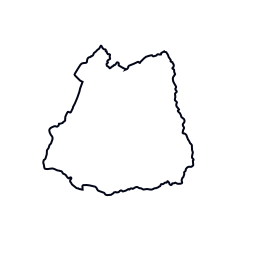 Sop Prap, Lampang, Thailand (orthographic projection), rotated 308°
{"feature_id": "78962969B39670710087023", "entity_name": "Sop Prap", "entity_type": "district", "adm_level": 2, "iso_a3": "THA", "parent_name": "Thailand", "parent_adm1": "Lampang", "projection": "orthographic", "projection_center": [99.346, 17.89], "detail": "fine", "context": "isolated", "style": "outline", "palette": "ink", "viewbox_px": 256, "rotation_deg": 308, "n_neighbors": 0, "source": "geoboundaries", "source_scale": "gbopen_adm2", "svg_char_len": 5770}
<svg xmlns="http://www.w3.org/2000/svg" viewBox="0 0 256 256"><g transform="rotate(308 128 128)"><path d="M88.8,71.0L88.0,71.5L87.0,71.8L85.4,71.3L85.2,71.0L84.5,69.3L83.9,68.8L82.2,67.8L80.6,67.1L79.5,66.9L78.6,67.0L77.7,67.4L76.9,68.3L76.3,69.0L75.2,71.2L74.6,73.4L74.0,74.4L73.5,74.8L72.7,75.4L68.6,76.8L67.7,76.8L66.6,76.7L66.0,76.7L63.8,77.6L62.9,77.8L60.9,77.8L60.2,78.1L57.2,80.2L53.0,81.8L52.4,81.8L50.9,81.4L50.3,81.6L49.6,81.9L48.3,82.8L47.0,84.6L45.4,86.3L45.0,86.9L44.8,87.4L44.8,87.7L45.3,88.7L45.9,89.6L46.6,90.4L49.0,92.7L49.5,93.3L49.9,94.0L50.4,95.4L51.0,98.1L52.7,101.6L52.9,102.3L52.7,103.3L52.5,103.7L52.4,104.2L52.1,104.9L52.6,106.9L52.6,107.6L52.5,108.4L51.9,110.1L51.7,111.8L51.8,112.2L52.0,112.4L53.5,112.9L53.7,113.1L53.8,113.3L53.9,113.6L53.8,113.8L53.6,114.2L53.3,114.4L52.7,114.5L51.2,114.6L50.6,115.0L50.2,115.4L50.0,116.0L49.9,116.6L49.3,118.0L49.1,118.5L49.0,120.0L49.0,122.5L48.9,123.8L49.2,125.2L49.8,125.9L49.9,127.2L50.5,128.1L50.9,129.3L51.5,130.2L53.8,128.1L54.4,127.8L54.7,127.7L55.0,127.8L55.5,128.0L57.6,130.5L59.2,133.2L61.1,137.3L61.5,138.3L61.5,139.0L61.4,139.9L61.2,140.5L60.8,141.2L60.5,142.1L60.3,142.6L60.4,143.2L60.5,143.9L62.1,148.7L62.2,149.0L62.1,149.6L61.7,150.9L61.8,151.7L61.9,152.1L62.3,152.9L62.7,153.4L63.8,154.5L64.8,155.7L67.5,156.6L68.6,156.7L68.8,156.7L69.1,157.1L69.9,157.7L70.0,157.9L70.2,158.7L71.4,159.9L72.2,160.2L73.6,160.4L74.5,160.9L74.8,161.5L74.7,162.3L74.8,162.9L75.4,163.5L76.5,164.2L77.1,164.7L77.5,164.9L79.8,165.8L80.1,166.0L80.2,166.8L80.4,167.0L80.7,167.1L81.6,167.1L82.2,167.5L82.4,167.9L82.8,168.4L82.9,169.1L83.1,169.3L85.5,170.2L86.2,170.6L87.0,171.3L87.3,172.0L87.6,174.1L88.0,174.6L88.5,175.4L88.9,177.7L89.2,178.3L89.8,178.8L91.6,180.5L93.0,183.0L93.8,184.3L94.3,184.7L95.4,185.4L96.3,185.7L96.7,186.0L97.9,187.1L100.0,188.4L101.2,188.6L101.9,189.1L102.8,189.0L103.5,188.7L104.0,188.7L104.5,189.0L105.0,189.8L105.3,190.1L106.5,190.5L107.7,190.8L108.1,191.2L108.5,191.8L108.7,192.0L109.0,192.1L110.1,191.9L110.4,192.0L110.5,192.4L110.3,193.7L110.2,194.0L109.4,195.2L109.3,196.2L109.4,196.9L109.6,197.1L110.2,197.3L110.6,197.3L111.5,197.0L111.8,197.1L112.5,198.0L112.9,198.4L114.0,198.9L114.1,199.1L114.3,200.4L114.7,201.6L115.2,202.3L116.5,203.7L117.0,204.1L117.5,204.3L117.9,204.4L118.2,204.3L118.8,203.8L119.5,202.7L120.3,202.2L122.3,201.6L123.3,201.8L126.0,200.9L127.7,199.5L128.3,199.5L129.2,199.7L129.9,199.7L131.2,198.9L131.6,198.9L133.1,198.9L134.2,199.3L135.1,200.0L136.2,201.6L136.7,201.9L137.3,202.1L138.2,202.3L139.0,202.2L142.0,199.4L142.3,199.2L142.8,199.2L143.2,199.3L143.7,198.8L143.9,197.1L144.1,196.7L145.2,195.8L148.4,194.3L148.8,194.0L150.2,191.9L150.8,191.5L152.4,190.0L153.6,189.1L154.0,188.3L154.2,187.6L154.2,186.8L154.3,186.2L155.2,184.5L156.0,182.2L158.4,178.2L158.5,177.8L158.5,176.4L158.4,175.8L157.8,175.0L157.7,174.6L157.8,174.1L158.2,173.8L160.3,172.7L162.0,172.4L162.6,172.1L163.0,171.5L163.3,170.9L163.4,170.4L163.6,169.9L164.3,169.2L164.7,168.9L165.5,168.8L167.0,168.8L167.9,168.5L168.8,167.8L169.5,166.6L169.5,165.9L169.5,163.5L169.6,163.2L170.7,161.7L171.6,159.8L171.7,158.1L172.0,157.0L172.2,156.7L172.5,156.6L173.6,156.9L174.0,156.8L174.3,155.8L174.7,153.8L174.9,153.0L175.6,152.1L176.5,151.4L177.1,151.2L178.1,150.9L178.3,150.8L178.5,150.4L178.7,148.5L178.8,147.9L179.0,147.6L181.7,146.1L182.1,145.8L183.5,144.3L184.1,143.9L184.7,143.9L186.0,144.1L186.4,144.1L186.7,144.0L187.0,143.5L187.4,142.0L187.7,141.5L187.9,141.2L188.2,141.1L189.5,140.9L189.9,140.7L190.2,140.4L191.8,136.5L192.5,135.1L193.1,134.3L194.5,132.9L195.6,132.4L196.3,132.2L197.4,132.2L198.0,132.0L199.0,132.2L199.3,132.1L199.7,131.5L200.6,129.9L202.0,128.7L202.3,128.3L202.3,127.8L202.2,126.6L202.3,126.3L202.6,126.1L203.9,126.2L204.2,126.2L205.5,125.6L205.9,125.2L206.4,124.3L206.6,123.3L207.2,122.6L207.2,122.4L206.7,121.0L206.7,120.7L206.8,120.5L207.7,120.0L207.9,119.7L208.9,116.6L209.1,116.1L210.2,114.5L211.2,111.6L211.2,111.2L210.5,109.9L210.5,109.5L210.6,109.3L207.6,108.1L207.1,108.2L206.5,108.6L206.2,108.7L205.4,107.8L204.8,106.6L204.2,105.9L203.9,105.8L202.6,105.7L201.5,105.0L200.2,104.0L200.0,103.7L199.9,103.4L200.1,102.3L200.1,102.1L198.6,100.7L195.3,98.4L194.2,98.1L192.5,97.7L191.3,97.6L190.0,97.4L188.6,97.3L187.9,97.1L187.5,97.1L186.7,97.3L186.4,96.9L186.5,95.6L186.3,95.2L185.7,94.8L182.5,93.2L177.8,90.5L177.1,90.4L176.8,90.4L176.4,90.5L175.8,90.9L174.9,91.0L173.8,90.9L172.6,90.2L172.8,90.2L173.0,89.8L172.6,88.7L172.2,86.7L171.6,82.3L171.8,81.8L172.2,81.6L172.8,81.4L173.3,80.8L173.5,80.1L173.3,79.4L173.0,79.0L172.7,78.9L170.9,79.0L169.5,78.8L169.2,78.7L168.9,78.3L168.6,78.1L168.0,78.1L167.5,78.1L166.5,77.6L164.5,77.2L163.9,76.9L163.8,76.7L164.1,75.7L164.2,75.1L164.0,73.3L164.1,73.1L164.4,72.5L165.0,71.9L165.2,71.7L165.7,71.7L167.2,71.9L167.3,71.8L167.5,70.8L167.9,70.6L168.3,70.5L169.1,70.5L170.7,71.1L171.4,71.3L171.6,71.2L172.9,69.7L173.3,69.4L174.4,68.9L174.7,68.6L174.7,68.0L174.5,67.5L173.9,66.9L173.8,66.7L174.3,65.0L175.2,64.1L175.1,63.8L174.8,63.4L174.8,63.2L176.0,62.2L176.0,61.9L175.3,60.7L175.2,60.0L175.4,58.6L176.3,56.6L176.3,56.2L176.1,56.0L175.3,56.0L173.7,56.3L172.7,56.4L170.7,55.8L168.4,55.6L166.9,55.2L166.0,55.0L164.1,55.6L163.5,55.6L162.6,55.3L161.7,54.7L161.0,54.8L159.6,53.7L158.5,53.4L157.7,53.5L156.7,53.8L154.8,54.9L154.4,55.0L154.0,54.9L153.4,54.7L151.9,53.1L150.7,52.1L150.3,51.9L148.9,51.6L146.1,51.8L139.8,52.5L138.2,52.7L137.2,53.0L136.9,53.6L136.7,54.3L135.9,60.9L136.0,61.9L136.4,63.8L129.8,65.9L126.3,67.5L120.7,69.4L114.8,71.0L110.5,71.8L110.1,72.1L109.7,72.3L105.4,73.2L104.8,73.1L104.4,72.3L103.9,70.9L103.7,70.7L102.6,70.7L100.2,71.2L98.3,71.7L97.5,72.2L97.1,72.6L96.5,72.8L95.3,73.8L94.9,73.9L93.9,73.7L93.0,73.3L92.0,73.4L91.7,73.3L89.6,71.9L88.8,71.0Z" fill="none" stroke="#020617" stroke-width="2"/></g></svg>